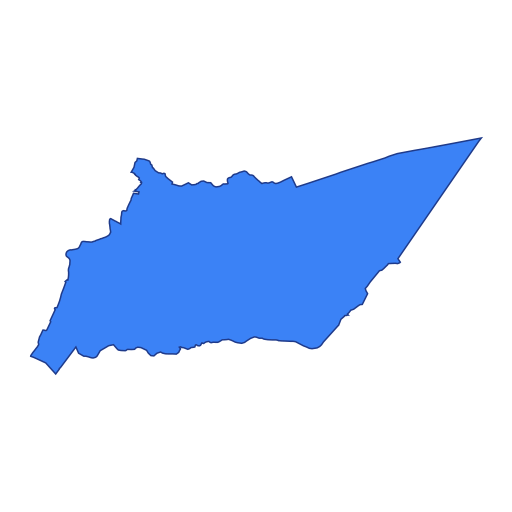 Ecatzingo, México, Mexico
{"feature_id": "50627088B21817072647094", "entity_name": "Ecatzingo", "entity_type": "district", "adm_level": 2, "iso_a3": "MEX", "parent_name": "Mexico", "parent_adm1": "México", "projection": "orthographic", "projection_center": [-98.759, 18.968], "detail": "fine", "context": "isolated", "style": "filled", "palette": "blue", "viewbox_px": 512, "rotation_deg": 0, "n_neighbors": 0, "source": "geoboundaries", "source_scale": "gbopen_adm2", "svg_char_len": 5977}
<svg xmlns="http://www.w3.org/2000/svg" viewBox="0 0 512 512"><path d="M30.7,356.3L33.8,357.4L45.7,362.9L55.7,374.0L59.3,369.1L59.3,368.9L59.3,368.5L59.7,368.1L60.2,367.9L75.9,347.0L78.6,353.2L83.8,356.2L85.8,356.2L88.3,356.8L90.7,357.6L92.1,357.9L93.5,357.9L95.6,357.3L96.9,356.3L98.0,354.5L100.2,350.7L108.7,345.7L113.5,344.7L117.2,349.0L118.3,350.0L121.0,350.5L123.4,350.6L125.2,350.7L125.9,350.5L127.2,349.5L127.8,349.4L130.8,349.5L132.1,349.5L134.6,349.3L135.8,348.0L137.7,347.2L141.0,347.6L146.6,350.3L148.3,353.1L150.9,355.6L153.9,355.9L157.0,353.2L160.6,352.0L162.5,353.1L165.5,353.8L168.1,353.9L170.6,353.9L172.4,353.9L176.3,354.1L178.7,352.4L179.5,350.6L180.5,348.9L179.3,347.2L180.5,346.8L182.0,347.5L183.7,347.7L187.8,349.3L189.7,348.6L190.9,347.6L193.4,347.3L194.8,347.0L195.5,345.0L196.4,344.8L197.5,345.6L199.2,345.9L200.4,345.4L200.9,344.7L201.5,343.5L202.0,342.9L202.5,343.2L203.7,343.5L204.8,342.6L206.5,341.8L208.9,341.4L210.0,342.3L211.1,342.7L213.3,342.2L215.4,342.3L217.8,342.3L219.2,341.7L222.3,339.8L223.7,339.8L226.5,339.6L228.6,339.3L231.2,340.2L233.0,341.0L235.2,342.1L237.5,342.7L241.7,343.3L244.6,342.4L246.5,341.0L249.0,339.4L250.5,338.4L253.1,337.4L254.4,336.9L256.2,337.1L259.2,338.2L262.1,338.2L263.7,339.0L265.1,339.3L267.9,339.7L272.0,339.9L274.5,339.9L276.0,339.9L278.0,340.3L278.3,340.6L281.6,340.9L286.7,341.1L290.5,341.3L293.1,341.3L295.6,341.7L299.6,343.8L301.5,344.8L303.6,345.9L305.8,346.7L307.2,347.3L309.3,348.3L312.0,348.7L317.1,347.9L319.7,346.5L321.5,344.8L323.4,342.0L338.0,325.8L338.6,325.3L340.9,319.3L344.2,316.4L344.7,315.6L346.9,315.4L347.7,314.9L348.2,315.0L347.5,314.0L349.0,312.5L350.8,310.2L353.7,309.2L358.1,305.9L359.9,304.7L362.3,304.4L367.6,293.7L365.9,290.6L365.3,288.4L367.3,286.2L370.1,282.1L379.5,270.7L381.8,270.2L383.7,268.6L385.8,266.5L387.5,264.9L388.4,263.6L392.5,263.4L395.4,263.3L397.6,263.6L399.7,262.8L400.3,262.2L397.9,258.7L478.7,141.4L481.3,138.0L454.4,143.1L445.9,144.7L421.4,149.2L414.4,150.4L397.3,153.6L389.2,156.2L384.9,158.0L372.8,161.9L367.7,163.4L340.7,172.3L335.9,174.1L315.1,181.0L307.9,183.4L296.4,187.1L291.5,176.8L283.8,180.4L280.5,182.1L277.9,183.1L276.7,183.4L275.5,183.5L274.3,183.1L273.3,182.3L272.5,181.9L271.6,181.9L270.8,182.2L269.8,182.6L268.7,183.0L267.7,183.1L266.1,182.7L264.7,182.8L263.8,183.0L262.8,183.2L262.2,183.5L261.9,183.5L261.5,183.4L261.2,183.0L260.6,182.5L260.0,182.1L258.9,181.0L257.8,180.2L257.0,179.4L255.8,178.3L254.3,176.8L253.5,175.8L252.8,175.4L251.9,175.1L250.9,175.0L250.1,175.0L249.6,174.8L248.3,173.8L247.5,172.9L246.9,172.2L246.3,171.7L244.7,171.1L244.0,171.1L243.0,171.4L242.2,171.7L241.3,171.9L240.2,172.2L239.6,172.3L237.6,173.4L236.2,174.0L235.2,174.1L234.4,174.3L233.5,174.7L233.0,175.1L232.5,175.6L232.2,176.1L231.5,176.9L230.8,177.3L230.0,177.5L229.1,177.7L228.1,178.3L227.6,178.8L227.4,179.6L227.4,180.5L227.5,181.4L227.7,182.2L227.9,182.8L228.0,183.3L227.9,183.6L227.1,183.9L225.8,183.9L224.9,184.1L224.0,183.9L223.3,184.0L222.4,184.5L221.9,185.0L221.4,185.5L220.6,185.9L219.6,186.4L216.2,186.9L215.2,186.7L213.7,186.0L213.0,185.4L210.7,182.7L207.0,182.6L203.7,181.0L201.1,181.3L198.7,182.8L198.3,183.4L196.9,183.6L196.2,184.3L194.8,184.6L194.2,184.7L191.7,184.9L188.4,182.8L184.9,184.5L181.5,186.1L178.8,185.9L176.0,185.0L174.2,184.5L172.0,184.0L172.5,182.1L168.2,178.8L165.6,176.4L165.0,173.7L164.3,173.4L163.9,173.3L162.2,173.8L160.6,173.0L158.5,172.8L155.1,170.6L153.3,168.0L152.5,167.7L151.8,165.0L150.7,164.3L150.5,163.7L150.4,163.1L149.7,161.4L149.2,161.0L147.9,160.5L144.2,159.2L142.7,159.1L142.0,159.0L137.4,158.4L136.8,160.9L135.1,162.4L134.9,163.0L134.8,163.6L134.0,167.3L132.8,169.4L131.2,172.2L132.2,172.3L134.5,173.5L134.6,174.2L135.3,174.4L135.5,175.2L136.3,175.7L137.0,176.3L138.5,177.2L139.3,178.1L139.2,178.6L138.7,179.6L140.4,180.7L141.3,181.9L140.8,182.4L141.6,182.8L141.3,183.8L140.9,184.3L140.1,185.0L138.7,186.6L137.7,187.9L136.2,189.5L135.9,189.9L135.3,189.7L134.9,190.8L134.3,191.1L139.0,191.9L138.5,194.0L133.5,193.3L132.6,195.5L131.3,198.3L130.9,200.6L130.5,201.1L128.6,205.0L127.7,207.1L127.2,208.2L127.0,209.0L126.9,209.8L126.8,210.4L125.9,210.9L125.0,211.0L124.0,210.7L123.4,210.7L123.0,210.9L122.6,211.0L122.2,211.3L121.8,212.0L121.7,212.7L121.5,215.0L121.0,217.2L120.9,219.5L120.7,222.7L120.7,224.0L119.8,223.5L119.0,223.0L117.5,222.3L116.2,221.5L114.7,220.8L113.3,220.0L112.1,219.4L111.1,218.8L110.6,218.6L110.2,218.8L109.9,219.2L109.6,219.7L109.6,220.2L109.4,221.1L109.4,222.0L109.4,223.3L109.7,224.8L110.0,227.3L110.1,228.7L110.3,229.6L110.5,230.8L110.6,231.7L110.7,232.1L110.4,232.6L109.8,234.0L109.4,234.5L108.9,235.2L108.3,235.6L107.0,236.4L106.0,236.9L104.8,237.4L103.8,237.7L102.9,238.0L102.5,238.3L101.3,238.6L100.7,238.7L99.5,239.3L98.9,239.5L97.7,239.9L96.8,240.2L95.7,240.6L95.1,241.1L94.4,241.2L93.0,241.6L92.1,242.0L90.8,242.1L90.0,242.0L88.9,241.9L87.6,241.8L86.7,241.8L85.6,241.6L84.6,241.5L83.6,241.4L82.7,241.5L82.0,241.8L81.7,242.1L81.3,242.7L81.0,243.3L80.8,244.1L80.5,244.6L79.7,246.2L79.4,246.9L78.9,247.6L78.3,248.2L77.6,248.6L76.7,248.9L75.9,249.1L75.0,249.3L73.9,249.5L72.9,249.6L71.8,249.9L71.0,249.9L70.0,249.9L69.2,250.2L68.2,250.6L67.5,251.2L66.9,251.7L66.4,252.6L66.1,253.5L66.0,254.1L66.0,254.8L66.1,255.3L66.4,256.1L66.9,256.6L67.7,257.2L68.6,257.9L69.4,258.8L69.8,259.7L70.0,260.4L70.0,261.3L69.9,262.5L69.8,264.5L69.4,265.8L69.0,267.3L68.6,268.3L68.4,269.8L68.4,270.9L68.6,272.0L68.6,273.4L68.6,274.9L68.4,277.3L67.8,280.1L67.1,279.8L65.1,281.5L65.8,282.3L63.7,288.1L62.5,291.2L61.4,294.0L60.6,297.4L59.5,301.2L58.3,304.4L57.0,307.6L56.0,307.7L55.6,307.7L54.8,307.9L54.6,308.3L54.5,308.6L54.6,308.9L54.9,309.3L55.2,309.7L50.1,320.7L50.7,321.8L48.0,327.5L47.4,328.8L46.9,329.8L46.4,330.4L46.0,330.5L45.3,330.5L43.9,330.1L42.9,330.1L41.6,332.9L40.8,334.7L39.5,337.0L39.2,338.3L38.3,341.6L38.2,342.4L38.3,343.0L38.6,343.8L38.6,344.5L38.4,345.2L37.8,346.0L37.3,346.9L36.0,348.5L34.5,350.5L32.8,352.6L30.8,355.6L30.7,356.3Z" fill="#3b82f6" stroke="#1e3a8a" stroke-width="1.5"/></svg>